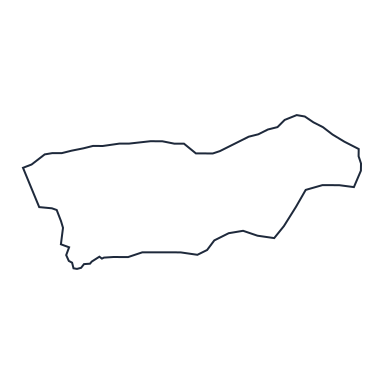 Sukchon, P'yŏngan-namdo, North Korea (Robinson projection)
{"feature_id": "82179303B55497026765088", "entity_name": "Sukchon", "entity_type": "district", "adm_level": 2, "iso_a3": "PRK", "parent_name": "North Korea", "parent_adm1": "P'yŏngan-namdo", "projection": "robinson", "projection_center": [125.574, 39.395], "detail": "fine", "context": "isolated", "style": "outline", "palette": "slate", "viewbox_px": 384, "rotation_deg": 0, "n_neighbors": 0, "source": "geoboundaries", "source_scale": "gbopen_adm2", "svg_char_len": 1038}
<svg xmlns="http://www.w3.org/2000/svg" viewBox="0 0 384 384"><path d="M294.2,116.1L284.7,119.9L277.5,127.1L267.9,129.5L258.3,134.3L248.7,136.7L239.1,141.5L229.5,146.3L219.9,151.1L212.7,153.5L203.1,153.4L195.9,153.4L184.0,143.7L174.5,143.7L162.5,141.3L150.6,141.2L129.0,143.6L119.4,143.6L102.7,146.0L93.1,145.9L83.5,148.3L71.5,150.7L61.9,153.1L52.4,153.1L44.7,154.4L31.6,164.5L23.0,167.8L39.2,207.1L51.9,208.3L56.7,210.0L61.0,221.1L63.0,227.8L60.9,244.3L69.1,247.3L66.2,255.1L68.8,260.9L72.1,262.7L73.5,268.3L77.0,268.9L81.1,267.8L84.0,264.1L90.0,263.7L91.7,261.6L99.4,256.7L101.9,258.6L104.0,257.6L113.6,257.0L128.0,257.1L142.4,252.3L154.4,252.3L168.7,252.3L180.7,252.4L197.4,254.8L207.1,250.0L214.3,240.4L228.7,233.2L243.1,230.8L257.5,235.7L274.2,238.1L283.9,226.1L296.0,206.8L305.7,189.9L322.5,185.1L339.3,185.2L353.9,187.1L360.9,170.7L361.0,163.5L359.5,158.9L358.6,156.3L358.7,149.0L344.4,141.7L332.5,134.5L330.8,133.2L323.0,127.2L313.4,122.3L304.8,116.5L296.7,115.1L294.2,116.1Z" fill="none" stroke="#1e293b" stroke-width="2"/></svg>